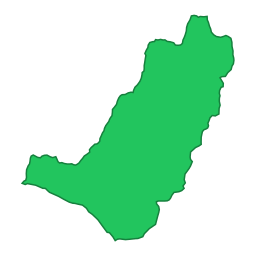 Sandovalina, São Paulo, Brazil
{"feature_id": "56859067B27263450532509", "entity_name": "Sandovalina", "entity_type": "district", "adm_level": 2, "iso_a3": "BRA", "parent_name": "Brazil", "parent_adm1": "São Paulo", "projection": "natural_earth1", "projection_center": [-51.849, -22.468], "detail": "fine", "context": "isolated", "style": "filled", "palette": "green", "viewbox_px": 256, "rotation_deg": 0, "n_neighbors": 0, "source": "geoboundaries", "source_scale": "gbopen_adm2", "svg_char_len": 2754}
<svg xmlns="http://www.w3.org/2000/svg" viewBox="0 0 256 256"><path d="M231.1,69.6L232.0,66.1L233.4,63.8L233.9,60.3L233.7,58.0L232.9,54.8L233.0,51.0L232.0,46.3L231.9,42.3L230.9,38.3L228.2,36.5L225.9,35.5L223.6,36.4L220.7,37.3L216.3,36.5L213.7,34.8L211.4,32.2L210.6,28.8L209.5,26.3L208.4,22.4L207.3,19.9L207.1,16.4L203.8,16.8L200.2,16.5L198.4,17.3L196.6,15.9L194.1,15.4L191.4,15.9L190.0,19.9L187.7,23.8L186.6,27.4L186.3,31.1L185.2,34.9L184.2,37.5L183.0,40.0L182.4,43.4L180.6,45.0L178.2,45.3L175.4,45.1L173.7,42.8L170.2,41.8L167.2,41.4L165.0,39.9L163.0,40.0L160.6,39.4L158.0,40.0L155.6,39.6L154.5,41.5L152.6,41.7L149.8,42.5L148.2,45.1L147.9,47.5L146.3,50.2L144.9,53.5L145.9,55.4L145.3,58.6L144.8,62.1L144.2,65.5L144.2,68.9L143.9,71.1L142.2,72.5L142.0,74.7L141.3,78.2L139.9,81.4L137.4,84.9L135.0,87.2L133.6,90.3L133.1,92.5L131.1,92.2L128.2,92.9L125.2,94.5L122.1,94.7L120.4,95.7L118.8,97.9L117.4,101.1L116.5,104.4L114.4,107.2L112.5,109.4L112.4,112.3L112.0,115.7L110.7,117.4L109.6,119.3L108.8,121.5L107.6,123.1L105.8,125.6L104.5,128.3L104.0,130.7L102.4,133.1L101.2,136.0L100.0,138.5L99.8,141.1L98.5,142.8L96.8,144.0L94.8,144.2L92.8,146.1L91.2,147.5L89.5,149.7L89.7,152.2L86.9,154.3L84.3,156.0L82.6,158.4L80.8,160.5L79.0,163.0L77.2,164.3L75.4,165.1L73.5,164.7L71.8,163.8L69.6,164.0L67.1,164.0L64.3,163.5L61.8,162.6L59.6,163.0L58.0,161.7L56.9,159.1L55.8,156.7L52.7,157.6L50.2,156.8L47.0,155.1L44.3,155.3L41.9,156.2L40.4,157.8L37.7,157.4L35.5,156.2L33.2,155.0L31.2,156.1L30.4,158.1L30.0,161.6L29.5,164.0L28.2,165.8L26.6,169.7L26.3,173.5L26.5,177.5L25.8,180.2L23.9,181.2L22.1,183.3L25.2,184.5L27.4,183.6L35.7,185.2L42.8,188.3L45.4,188.4L47.8,190.8L49.5,192.3L58.7,196.4L63.8,199.3L69.2,202.1L72.7,203.2L75.0,203.4L78.2,204.2L82.5,205.1L86.5,208.3L88.7,211.8L92.1,214.2L95.3,217.2L97.9,219.7L102.6,226.2L107.1,232.3L109.5,232.7L112.9,236.8L115.2,240.6L117.4,239.2L119.8,238.9L125.5,239.6L130.0,239.2L135.7,238.6L137.9,238.5L142.8,236.7L144.3,233.7L146.7,231.3L149.3,228.6L155.5,224.4L157.6,216.4L158.7,212.6L159.3,209.6L158.7,206.5L156.6,203.9L156.4,201.7L158.3,201.0L160.8,201.0L164.4,201.0L167.3,200.8L169.3,199.8L170.6,198.0L171.9,195.2L174.0,192.4L177.0,192.0L179.0,191.7L181.7,190.6L184.1,188.4L183.0,186.0L185.3,182.9L184.2,179.7L185.0,174.1L186.6,171.9L189.0,168.6L190.5,166.0L192.3,161.6L190.5,159.4L190.1,157.0L190.6,152.0L195.6,147.5L199.0,145.9L201.2,144.4L201.1,142.2L201.2,137.2L201.8,134.3L202.4,131.6L204.0,129.7L206.0,129.0L207.7,127.9L208.5,125.8L207.9,123.2L209.0,120.7L210.0,117.8L212.2,115.5L215.3,115.9L218.9,114.0L219.1,108.4L220.1,105.2L219.3,101.3L219.4,98.0L220.0,95.8L219.3,93.2L219.6,90.5L221.1,87.3L223.1,86.7L223.3,83.3L220.0,77.8L221.6,76.7L225.4,76.4L227.8,72.6L231.1,69.6Z" fill="#22c55e" stroke="#15803d" stroke-width="1.5"/></svg>